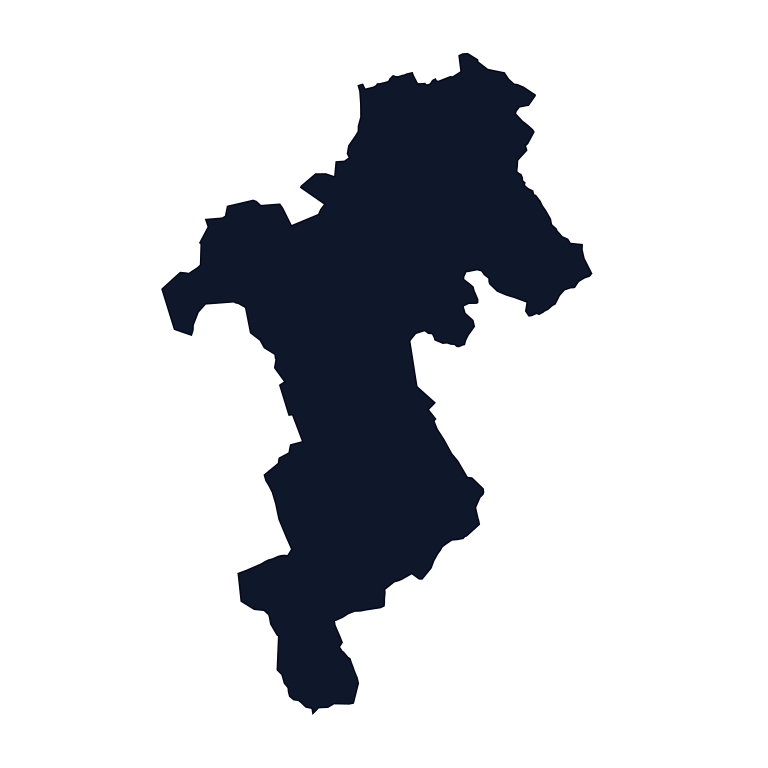 outline of Katagum, Bauchi, Nigeria, rotated 266°
{"feature_id": "59680162B44758551949173", "entity_name": "Katagum", "entity_type": "district", "adm_level": 2, "iso_a3": "NGA", "parent_name": "Nigeria", "parent_adm1": "Bauchi", "projection": "orthographic", "projection_center": [10.335, 11.656], "detail": "fine", "context": "isolated", "style": "filled", "palette": "ink", "viewbox_px": 768, "rotation_deg": 266, "n_neighbors": 0, "source": "geoboundaries", "source_scale": "gbopen_adm2", "svg_char_len": 4914}
<svg xmlns="http://www.w3.org/2000/svg" viewBox="0 0 768 768"><g transform="rotate(266 384 384)"><path d="M643.1,376.5L637.7,376.0L633.3,372.9L624.1,365.5L616.3,363.6L612.1,365.4L608.9,360.1L608.9,351.8L594.3,349.4L594.1,349.0L597.6,340.6L598.2,331.0L598.3,330.5L587.1,315.3L585.9,314.7L567.5,337.6L562.5,333.2L557.6,330.6L548.2,302.6L566.4,295.1L570.6,292.6L570.6,288.7L570.5,273.5L575.0,269.2L576.3,266.3L572.1,240.3L562.3,237.6L560.7,234.1L560.5,217.7L552.9,219.7L537.7,210.2L536.4,211.4L515.3,209.3L515.1,208.9L513.0,206.3L507.7,196.9L508.4,194.6L509.4,188.6L502.6,179.9L494.1,169.2L453.2,178.8L446.2,195.3L451.1,197.2L456.1,197.7L468.6,203.6L476.4,211.5L476.4,221.7L476.5,240.1L475.2,242.0L474.7,244.3L470.0,251.3L444.4,254.5L436.3,263.6L432.8,265.2L428.5,267.2L426.0,270.7L421.2,277.4L417.0,277.6L416.4,278.2L407.8,276.1L393.1,285.3L390.9,281.4L390.1,280.0L359.6,287.1L359.7,288.8L359.8,290.7L359.0,290.9L332.1,299.0L329.9,287.5L329.7,286.6L326.6,285.7L321.8,284.5L321.1,282.8L317.3,274.3L312.1,273.1L301.6,258.3L295.9,259.5L292.9,261.1L289.1,262.9L283.9,265.1L278.0,266.4L272.2,267.7L256.1,269.9L255.4,270.2L238.4,275.9L225.6,280.5L219.3,276.0L219.9,272.9L219.9,269.7L219.4,266.7L218.3,263.6L217.2,260.6L216.4,256.4L214.9,252.8L213.0,249.1L207.4,233.2L205.1,225.3L204.5,225.4L197.3,225.7L177.3,226.4L168.4,238.7L168.3,239.0L166.6,248.6L162.0,252.9L161.1,253.2L159.6,253.5L152.4,254.3L140.9,260.0L140.1,261.4L106.3,257.6L101.2,262.0L92.4,263.8L87.7,267.2L83.6,267.3L79.1,268.1L75.4,271.9L74.3,276.7L72.1,279.2L67.2,283.6L65.5,289.6L60.3,290.1L63.5,293.8L65.7,296.0L65.5,305.5L68.7,311.9L68.5,313.4L67.4,325.7L67.3,326.9L67.8,331.0L68.3,331.3L87.2,337.5L92.6,336.7L100.7,334.0L104.1,333.2L105.6,332.7L108.1,331.9L112.2,330.9L113.8,328.8L114.0,328.7L119.2,324.9L120.3,323.5L124.8,321.0L129.1,324.2L135.7,322.1L140.1,320.5L146.8,318.2L151.1,317.9L151.7,318.4L151.7,319.5L154.3,326.5L157.4,332.1L159.5,338.8L159.3,344.9L160.0,350.3L160.4,355.1L161.2,364.9L162.6,368.5L165.0,369.0L168.6,369.3L172.0,369.7L173.3,370.0L176.2,370.4L179.0,370.2L186.0,380.3L187.0,385.2L188.0,388.0L191.5,395.3L193.0,398.6L187.2,405.4L186.8,408.3L197.1,418.0L204.3,421.3L211.0,425.7L214.3,428.5L217.6,430.7L220.1,434.6L223.7,440.7L223.8,446.3L224.5,452.2L226.2,453.7L226.7,455.7L231.2,461.4L237.4,469.3L241.9,468.7L242.5,468.4L254.3,466.6L263.8,471.5L264.4,471.8L265.3,473.0L267.2,475.1L269.1,475.7L269.2,475.8L272.4,475.6L284.1,465.1L284.9,460.6L302.0,452.1L309.6,446.6L324.1,439.9L335.0,433.9L343.7,431.1L345.5,433.0L355.4,426.2L355.5,426.4L361.7,433.4L379.0,416.6L387.9,415.8L395.0,415.2L401.4,414.7L402.9,414.5L404.8,414.4L406.6,414.2L409.1,414.0L425.3,412.6L432.3,419.1L434.4,427.8L434.2,428.8L431.5,431.9L430.9,435.6L430.7,435.9L426.5,437.6L424.5,437.9L420.9,445.0L420.6,445.4L420.7,449.9L419.1,453.6L418.8,456.5L418.2,457.9L416.7,459.0L416.1,461.1L417.6,465.5L417.8,467.0L421.6,468.3L423.5,469.3L426.8,471.2L428.3,472.5L431.7,475.3L433.1,476.4L435.1,478.1L437.6,477.7L441.2,477.1L448.2,470.4L449.0,469.7L456.1,468.1L456.7,469.3L458.3,473.3L458.6,474.7L458.2,481.6L458.5,482.8L458.8,483.1L461.7,483.4L470.9,480.2L474.5,479.6L477.2,476.9L480.5,473.2L482.8,470.6L484.9,470.9L485.5,470.9L490.8,473.9L490.4,475.4L491.6,484.8L490.1,489.4L486.2,491.7L482.2,496.1L479.0,496.0L476.7,496.4L468.7,503.6L464.2,512.5L461.3,520.2L455.7,532.6L446.9,530.5L445.2,531.4L441.8,533.4L442.0,536.0L443.9,541.2L442.7,543.5L444.7,547.9L445.4,548.6L447.1,552.7L450.4,557.0L451.9,560.2L455.8,562.6L460.1,565.1L465.4,570.5L467.2,577.6L466.9,578.5L467.1,580.8L472.1,584.6L473.2,586.0L475.9,591.3L477.2,596.2L477.2,596.4L479.7,598.8L495.1,592.3L501.4,591.3L504.2,590.9L509.2,591.4L511.2,579.6L515.6,577.3L518.4,572.0L525.2,566.8L526.4,566.8L530.6,562.7L531.7,562.1L536.9,561.5L546.0,557.1L550.8,554.2L552.7,553.5L555.4,552.4L561.5,548.4L562.4,546.2L563.9,546.2L566.2,545.8L568.8,541.3L570.4,539.7L572.3,537.8L575.0,538.5L576.9,536.4L580.3,536.3L583.4,535.2L584.8,532.8L586.8,531.1L592.0,532.1L597.9,532.8L607.2,542.6L610.9,541.8L611.6,541.3L613.9,544.1L625.0,551.1L627.2,549.9L631.6,545.7L636.8,540.0L644.4,533.9L647.0,534.8L651.0,538.3L652.1,547.6L661.1,554.9L661.8,554.9L670.6,543.4L670.6,543.2L673.3,537.9L674.0,534.5L679.5,529.4L685.6,525.9L685.9,525.9L690.6,509.0L690.8,509.0L698.7,500.1L700.9,499.9L707.7,490.5L707.7,486.2L707.7,485.5L706.3,481.8L690.2,482.7L685.4,473.9L685.9,471.7L682.0,459.3L682.5,457.5L684.6,456.5L684.1,455.1L683.3,453.6L680.9,451.9L679.6,450.3L679.3,448.0L679.7,446.2L680.9,445.8L680.8,441.5L681.1,439.4L680.8,438.5L689.6,434.7L692.5,433.9L691.5,427.9L690.7,426.1L690.6,425.1L690.5,423.8L689.9,421.8L689.4,419.2L689.6,418.2L690.0,416.2L690.7,415.1L690.6,414.2L688.8,412.4L688.1,411.3L687.2,410.9L685.9,410.1L685.1,408.7L683.7,400.8L683.8,398.3L682.3,397.4L680.8,394.4L680.0,390.0L679.3,385.6L684.4,383.6L683.4,379.2L677.5,380.4L665.1,380.4L651.9,379.6L643.1,376.5Z" fill="#0f172a" stroke="#020617" stroke-width="1.5"/></g></svg>